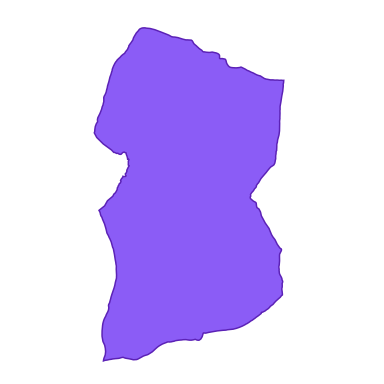 the district of Mogolo, Gash Barka, Eritrea, rotated 88°
{"feature_id": "51966322B23811751067849", "entity_name": "Mogolo", "entity_type": "district", "adm_level": 2, "iso_a3": "ERI", "parent_name": "Eritrea", "parent_adm1": "Gash Barka", "projection": "mercator", "projection_center": [37.74, 15.325], "detail": "fine", "context": "isolated", "style": "filled", "palette": "violet", "viewbox_px": 384, "rotation_deg": 88, "n_neighbors": 0, "source": "geoboundaries", "source_scale": "gbopen_adm2", "svg_char_len": 6017}
<svg xmlns="http://www.w3.org/2000/svg" viewBox="0 0 384 384"><g transform="rotate(88 192 192)"><path d="M251.9,104.9L251.7,105.4L250.8,106.3L247.3,108.6L242.6,110.7L239.6,112.8L237.4,114.0L233.1,115.6L231.1,116.3L225.4,120.0L222.7,121.3L218.5,123.4L217.8,123.6L214.6,124.2L214.0,124.4L211.3,125.7L209.9,127.6L209.6,127.7L208.4,128.0L205.6,128.2L205.0,128.4L204.5,128.8L203.3,130.9L202.5,131.8L200.6,133.8L199.7,134.0L199.0,134.0L198.4,133.5L196.9,133.5L196.4,133.6L195.8,133.2L194.1,131.8L193.7,131.3L192.5,130.3L191.0,129.4L190.0,128.3L189.4,127.8L188.8,127.5L187.9,127.5L185.8,126.0L185.3,125.3L181.1,122.7L179.3,121.1L175.1,117.2L174.0,116.3L173.6,116.0L170.9,113.6L169.8,112.5L168.3,110.0L167.7,109.2L167.0,108.8L165.9,108.2L164.2,107.8L162.6,107.5L161.9,107.2L160.6,107.2L159.6,107.1L159.1,107.2L156.8,106.7L154.4,106.5L153.5,106.0L149.9,105.7L147.6,105.6L146.5,105.4L145.5,105.0L142.9,104.6L138.1,103.1L137.0,102.9L133.9,102.4L126.5,102.0L124.4,102.0L121.7,101.6L120.7,101.6L116.3,101.3L113.8,101.3L112.8,101.1L109.6,101.0L105.0,100.0L99.1,98.9L94.4,97.8L89.2,97.1L87.3,97.1L86.2,96.7L83.6,96.4L83.6,97.6L83.4,98.7L83.4,100.7L83.1,102.9L83.1,104.1L83.1,105.2L82.8,107.0L82.7,109.7L82.3,111.3L81.7,114.1L81.1,115.7L80.2,117.0L78.4,119.6L77.6,122.2L76.9,123.7L75.0,127.0L74.7,127.8L74.0,129.3L73.2,130.6L72.3,132.7L71.1,134.4L69.0,138.3L68.9,138.9L69.2,139.7L69.4,141.8L69.5,143.4L69.4,144.9L69.3,145.6L69.2,146.9L68.9,148.7L68.5,149.8L68.3,150.2L67.2,151.3L66.1,152.0L64.7,152.8L63.5,153.1L62.0,153.4L60.7,153.9L60.3,154.5L59.9,156.3L59.7,157.1L59.7,159.3L59.5,159.6L59.2,159.8L57.0,159.7L56.3,159.8L55.7,160.1L55.4,160.3L54.6,161.3L53.9,162.9L52.9,166.8L52.9,167.6L53.1,168.8L53.1,170.2L52.8,172.8L52.4,174.7L52.4,175.3L52.3,175.8L51.9,176.4L50.7,177.3L49.9,178.4L49.4,179.1L48.5,180.2L47.9,180.7L47.2,181.5L46.2,182.4L44.7,184.1L43.8,185.0L41.4,186.2L40.8,186.6L40.2,187.4L39.8,191.5L39.8,192.2L39.8,192.7L38.9,195.9L37.2,200.7L37.0,201.7L36.6,203.6L36.4,205.6L36.2,206.5L35.9,207.3L34.7,209.2L34.0,210.6L31.0,217.5L28.5,223.5L27.1,228.3L26.7,231.6L26.3,233.3L26.3,233.9L26.3,235.5L26.5,236.6L27.1,238.2L27.8,239.1L29.0,240.0L30.2,241.2L31.5,242.4L32.5,242.9L33.1,243.4L35.9,245.1L38.0,245.8L40.9,247.9L41.7,248.6L43.6,250.0L45.0,250.3L45.9,250.9L47.1,251.4L47.6,251.8L49.3,253.3L50.2,254.0L50.5,254.0L51.0,254.5L51.4,254.9L51.7,255.6L53.3,257.7L55.1,259.4L55.8,260.3L57.5,262.2L58.2,262.6L59.3,263.6L60.9,264.7L61.9,265.2L63.1,265.9L66.1,267.2L66.6,267.4L67.7,267.5L69.2,268.1L71.7,268.9L74.3,270.0L78.7,271.2L83.0,272.7L85.0,273.1L87.1,273.8L89.2,274.3L91.6,275.4L93.0,276.3L94.2,276.8L94.9,276.9L96.4,276.9L98.6,277.0L100.2,277.5L101.9,277.9L103.8,278.8L106.0,279.4L110.2,281.2L113.7,283.1L114.7,283.6L115.6,283.8L116.5,284.0L118.6,283.9L119.0,284.2L120.2,285.1L122.5,286.1L123.3,286.4L126.1,286.9L128.1,287.1L129.5,287.6L134.2,285.3L140.9,279.0L147.2,271.0L149.7,268.8L149.7,268.0L150.8,266.0L150.7,264.7L151.5,263.7L151.9,262.5L151.7,261.4L150.6,260.3L149.9,259.4L149.8,258.2L150.4,257.3L150.7,256.5L151.2,256.5L152.3,256.3L153.6,255.8L156.1,255.2L156.5,255.3L157.0,255.2L156.9,254.3L157.5,254.0L159.3,254.6L160.8,254.6L162.1,254.7L162.9,254.7L163.5,254.0L163.9,254.1L165.3,255.0L165.9,255.3L168.0,256.4L168.8,256.3L169.8,256.7L170.9,257.3L171.5,258.0L172.3,257.9L173.0,257.6L173.6,257.4L174.1,257.9L174.2,260.0L173.9,260.4L175.3,261.0L175.9,261.7L177.0,262.5L178.1,263.0L178.4,262.7L178.9,262.6L180.5,263.3L181.1,264.3L182.5,264.9L183.3,265.5L184.3,265.8L185.1,266.4L185.8,266.6L186.5,266.5L189.1,267.9L189.9,268.5L190.6,269.1L191.1,269.9L192.0,270.5L193.2,271.1L194.2,272.2L197.8,276.8L202.8,279.8L207.1,285.6L208.7,284.8L209.6,284.5L211.1,284.3L212.4,283.9L213.1,283.6L213.8,283.1L214.5,282.8L216.0,282.4L219.1,281.2L220.3,280.7L222.1,280.2L225.6,279.3L230.1,278.4L232.9,277.0L234.3,276.5L236.2,275.6L239.0,274.5L244.6,273.2L245.9,272.6L251.6,271.7L256.7,271.1L260.0,270.6L261.5,270.5L262.4,270.3L263.6,270.2L266.5,270.4L272.4,270.3L275.5,270.5L279.5,271.7L282.6,272.4L285.4,273.3L291.7,275.7L294.3,276.6L295.5,276.9L300.0,278.3L301.5,279.2L302.4,279.4L304.9,279.2L307.0,279.6L308.5,280.2L311.5,281.9L313.0,282.5L315.2,283.8L317.2,284.7L320.1,285.6L322.1,286.0L327.6,286.7L331.8,286.9L333.2,286.9L337.8,286.3L338.8,286.0L340.6,285.2L342.2,284.6L345.1,284.1L348.5,283.9L351.8,284.4L355.1,285.8L356.9,286.3L357.7,286.4L357.4,285.5L357.1,284.2L357.0,282.8L356.5,280.2L356.4,278.8L356.0,276.6L356.0,275.9L355.9,274.9L355.7,271.1L355.4,269.6L355.1,268.7L354.8,266.9L354.9,266.3L355.4,265.3L355.8,264.1L356.4,261.0L357.2,257.8L357.6,256.6L357.6,255.6L357.5,253.1L357.1,251.9L354.2,246.2L353.7,244.6L353.1,242.3L352.8,241.5L350.3,237.2L347.5,234.0L345.7,231.8L344.4,229.8L342.9,226.9L342.1,224.7L341.7,223.4L341.1,221.9L341.0,221.3L341.1,219.4L341.0,217.9L340.8,217.0L340.5,215.1L340.0,213.7L339.6,210.3L339.5,207.6L339.3,205.9L339.3,203.2L339.7,201.3L340.0,199.2L340.0,197.3L339.7,195.4L339.4,194.2L339.4,193.7L340.1,192.3L340.3,191.4L340.4,190.2L339.3,188.4L337.2,187.0L336.5,186.7L334.9,186.2L333.5,185.7L333.2,184.9L333.4,184.5L333.5,183.2L332.9,180.3L331.7,171.7L331.3,166.2L331.2,162.9L330.9,161.3L330.5,155.6L329.8,152.4L328.9,149.4L327.8,146.5L326.4,143.5L326.0,143.0L325.6,141.9L324.2,139.5L323.0,137.8L322.2,136.2L321.5,135.2L320.1,133.1L319.5,132.4L317.9,129.9L315.8,127.1L315.6,127.0L315.0,127.0L314.7,126.7L314.6,125.8L313.4,123.1L312.1,121.4L312.0,121.1L311.4,120.1L309.9,118.4L309.1,117.9L307.3,115.2L306.9,114.7L305.7,113.7L303.9,111.9L301.4,108.9L300.2,107.4L298.9,106.4L298.3,105.7L298.1,105.3L297.4,105.2L294.4,105.4L292.8,105.6L291.8,105.6L291.2,105.5L290.7,105.3L289.2,105.1L288.0,105.1L286.5,105.1L285.9,104.8L285.0,104.5L284.5,104.5L284.0,104.6L282.8,105.1L281.6,105.2L280.5,105.6L277.3,107.2L276.3,107.5L273.5,107.7L272.0,107.6L271.0,107.8L270.2,107.8L269.4,107.8L268.5,107.5L267.2,107.3L263.9,106.9L259.0,106.8L257.8,106.7L256.8,106.5L256.3,106.1L255.6,105.8L254.4,105.1L253.5,104.7L252.6,104.6L252.1,104.8L251.9,104.9Z" fill="#8b5cf6" stroke="#5b21b6" stroke-width="1.5"/></g></svg>